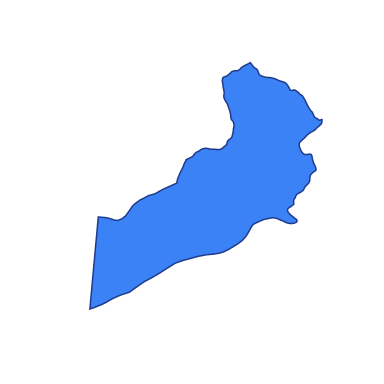 the district of Gelephu, Geylegphug, Bhutan, rotated 58°
{"feature_id": "84629894B89985438544464", "entity_name": "Gelephu", "entity_type": "district", "adm_level": 2, "iso_a3": "BTN", "parent_name": "Bhutan", "parent_adm1": "Geylegphug", "projection": "mercator", "projection_center": [90.486, 26.911], "detail": "fine", "context": "isolated", "style": "filled", "palette": "blue", "viewbox_px": 384, "rotation_deg": 58, "n_neighbors": 0, "source": "geoboundaries", "source_scale": "gbopen_adm2", "svg_char_len": 5976}
<svg xmlns="http://www.w3.org/2000/svg" viewBox="0 0 384 384"><g transform="rotate(58 192 192)"><path d="M163.5,284.7L237.1,340.6L238.1,336.3L238.5,334.5L239.0,331.7L239.3,329.8L239.5,328.8L239.7,327.0L239.9,325.1L240.0,324.1L240.1,322.2L240.2,318.4L240.3,316.5L240.4,315.6L240.6,313.7L240.9,311.8L241.1,310.0L241.5,308.1L241.8,306.2L242.0,305.3L242.2,304.4L243.0,301.6L243.4,299.8L243.6,298.9L243.8,297.9L243.7,297.0L243.3,291.3L243.0,285.6L242.9,282.8L242.8,280.9L242.8,279.9L242.9,278.0L243.3,272.3L243.5,267.6L243.6,264.8L243.6,261.9L243.5,256.2L243.5,254.3L243.5,246.7L243.5,244.8L243.5,243.9L243.7,242.9L244.3,240.2L244.7,238.3L245.2,236.5L245.7,234.6L246.5,231.9L247.6,228.3L248.4,225.6L249.5,221.9L250.1,220.1L250.8,218.4L251.5,216.6L252.5,213.9L252.9,213.1L253.3,212.2L253.7,211.4L255.0,208.8L255.9,207.1L257.0,204.5L257.7,202.8L258.1,201.9L258.4,201.0L258.7,200.1L259.0,199.2L259.2,198.3L259.4,197.3L259.6,196.4L259.7,195.5L259.8,194.5L259.9,193.6L260.1,191.7L260.1,189.8L260.2,186.0L260.2,183.2L260.2,181.3L260.1,179.4L259.8,175.6L259.6,174.5L258.8,171.8L258.6,170.9L258.2,170.0L257.9,169.1L257.5,168.2L257.1,167.4L256.2,165.7L253.4,160.7L253.0,159.9L252.6,159.1L252.2,158.2L252.0,157.2L252.0,156.3L252.1,155.3L252.2,154.4L252.3,152.5L252.6,150.6L252.7,149.7L253.5,145.0L253.9,144.1L254.3,143.3L254.6,142.4L255.2,140.6L255.5,139.7L255.9,138.8L256.3,138.0L256.7,137.1L257.2,136.3L258.5,134.9L259.2,134.3L259.9,133.7L262.3,132.1L263.1,131.6L264.5,130.4L265.3,129.8L266.2,129.4L267.0,128.9L267.7,128.4L268.5,127.8L269.2,127.2L269.8,126.5L270.5,125.8L271.0,125.1L271.5,124.2L272.0,123.4L272.3,122.5L272.6,121.6L272.8,120.7L273.0,119.8L272.7,118.8L272.1,118.2L271.2,117.9L270.3,118.1L268.5,118.8L265.9,119.7L264.1,120.4L263.2,120.6L262.3,120.8L261.3,121.0L260.4,121.1L259.5,121.1L258.5,120.9L257.7,120.4L257.1,119.7L256.8,118.8L256.7,117.9L256.8,116.0L256.7,115.0L256.6,114.1L256.5,113.1L256.2,112.0L255.3,111.6L254.5,111.2L253.7,110.7L252.9,110.1L252.3,109.4L251.6,107.6L251.0,106.8L250.4,106.1L249.9,105.3L249.5,104.5L249.5,103.5L249.5,102.6L249.7,101.6L249.7,100.7L249.8,99.7L249.7,98.8L249.6,97.8L249.5,96.9L249.1,96.0L248.6,95.2L248.1,94.4L247.6,93.6L247.3,92.7L247.1,91.8L246.9,90.9L246.4,89.0L246.1,88.1L245.6,87.3L245.1,86.5L244.4,85.9L243.6,85.3L242.8,84.8L242.1,84.2L241.3,83.6L240.7,82.9L240.3,82.1L239.9,81.2L239.7,80.2L239.5,79.3L239.4,78.4L239.4,77.4L239.4,76.5L239.2,75.5L238.6,74.8L237.7,74.5L236.8,74.2L235.9,74.0L234.9,73.9L232.1,73.5L231.2,73.3L230.3,73.1L229.4,72.9L228.5,72.6L226.7,71.9L224.9,71.2L224.0,71.0L223.1,71.2L222.4,71.8L222.0,72.7L221.6,73.6L221.2,74.4L220.8,75.3L220.2,76.0L219.6,76.7L218.8,77.2L217.9,77.4L216.9,77.6L216.0,77.7L214.7,77.6L213.8,77.6L212.9,77.4L211.9,77.2L211.0,77.0L210.1,76.7L209.2,76.3L208.4,75.9L207.7,75.3L207.1,74.5L206.8,73.6L206.6,72.7L206.4,71.7L205.9,68.9L205.8,68.0L205.5,67.1L205.0,65.3L204.8,64.3L204.6,63.4L204.5,62.5L204.4,61.5L204.4,60.6L204.3,59.6L204.5,57.7L204.5,56.8L204.5,55.8L204.5,54.9L204.3,53.9L204.0,53.0L203.8,52.1L203.6,51.2L203.4,50.2L203.4,49.3L203.2,48.4L203.0,47.1L202.4,45.7L201.8,44.9L200.9,44.4L200.0,43.7L199.4,43.4L199.1,44.0L199.0,45.2L198.6,46.1L197.7,46.3L195.9,47.1L194.2,48.2L193.3,48.4L191.3,48.2L189.4,47.9L188.0,47.7L185.9,48.2L183.9,48.3L181.2,48.2L177.3,47.9L175.4,47.6L172.9,47.4L171.1,47.4L168.9,47.4L167.6,47.9L166.4,48.7L164.9,48.8L162.2,49.7L160.5,50.5L159.4,51.4L159.0,53.2L157.8,54.7L157.1,54.8L155.9,54.5L154.0,54.4L152.3,54.4L150.3,54.6L148.3,55.2L147.2,56.2L145.7,57.4L144.0,58.9L143.2,59.5L141.6,60.5L140.8,61.0L138.6,62.8L137.9,63.5L137.3,64.1L136.6,64.8L136.0,65.6L135.5,66.3L135.0,67.2L133.8,68.6L133.2,69.3L132.4,69.9L131.1,71.1L129.5,72.1L128.6,72.5L127.7,72.7L126.8,72.6L125.8,72.4L124.9,72.2L124.0,71.9L123.1,71.9L122.1,72.1L121.2,72.4L119.6,73.3L118.6,73.5L117.6,73.6L115.5,73.8L114.5,73.9L113.2,74.0L113.2,74.7L113.1,75.6L113.0,77.5L112.9,78.3L112.7,80.2L112.6,81.2L112.6,82.1L112.6,83.1L112.6,84.0L113.1,85.5L113.4,87.2L113.3,88.5L112.9,90.0L112.0,90.9L111.8,91.8L111.4,92.7L111.2,93.6L111.0,94.5L111.2,95.5L111.4,96.4L111.6,97.3L111.8,98.2L111.9,99.2L112.0,101.1L111.9,102.0L111.4,103.8L111.4,104.8L111.7,105.6L112.4,106.3L113.1,106.9L113.9,107.5L114.7,107.9L115.7,108.1L116.5,108.5L119.1,109.8L119.9,110.1L122.6,111.1L123.5,111.4L124.3,111.8L125.2,112.3L125.9,112.8L126.6,113.5L127.3,114.1L128.2,114.6L129.0,114.9L130.0,115.1L130.9,115.2L131.9,115.3L132.8,115.4L133.7,115.4L134.7,115.3L135.6,115.4L136.6,115.5L137.5,115.7L142.1,116.7L143.0,116.9L143.9,117.2L145.7,117.8L146.6,118.2L147.4,118.6L148.9,119.3L149.7,119.8L151.5,120.2L152.3,120.0L153.0,120.0L154.0,119.8L155.4,120.0L156.0,120.4L157.0,120.6L158.5,121.6L159.2,122.3L160.0,123.0L160.5,123.5L161.2,124.0L161.9,124.5L162.5,125.0L164.0,126.3L164.5,126.9L164.9,127.5L165.5,127.9L166.1,128.4L166.5,129.4L166.9,130.2L167.1,131.2L167.2,133.1L167.4,134.0L167.7,134.9L168.3,135.5L168.7,136.2L169.4,136.7L170.1,137.6L170.3,138.8L170.5,139.6L170.5,140.4L170.7,141.3L170.8,142.2L171.0,143.1L171.1,143.8L170.8,144.7L170.7,145.7L170.4,146.6L169.9,147.3L167.6,150.4L167.0,151.1L166.6,152.0L166.1,152.8L165.5,153.5L164.9,154.2L163.5,155.6L162.9,156.3L162.3,157.0L161.8,157.8L161.5,158.7L161.2,159.6L160.9,160.5L160.8,161.4L160.8,162.3L160.8,163.3L161.0,164.2L160.9,165.2L160.7,166.1L160.6,167.0L160.7,168.0L160.9,168.9L161.1,169.8L161.4,170.7L161.8,171.6L162.1,172.5L162.2,173.4L162.0,175.3L161.5,180.0L162.2,180.7L162.7,181.5L163.1,182.3L163.6,183.1L164.1,183.9L164.7,184.7L165.3,185.4L165.9,186.1L166.9,187.7L168.4,190.2L169.4,191.8L170.4,193.4L171.0,194.1L172.1,195.7L172.6,196.4L173.2,197.2L173.9,197.9L174.5,198.5L175.2,199.2L176.4,200.2L175.3,208.1L174.3,215.8L173.9,224.4L172.3,229.9L172.0,230.7L171.7,235.9L171.3,240.1L171.6,245.5L172.3,249.7L175.1,256.1L177.3,261.5L177.2,262.6L177.6,265.4L176.8,270.1L176.1,270.8L175.6,271.6L175.0,272.3L174.3,273.0L173.6,273.6L171.2,275.5L169.2,277.5L168.5,278.2L167.9,278.9L167.3,279.7L163.5,284.7Z" fill="#3b82f6" stroke="#1e3a8a" stroke-width="1.5"/></g></svg>